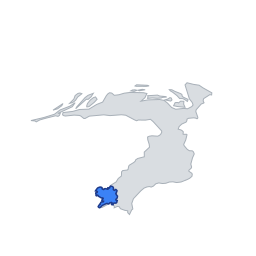 Vukovarsko-Srijemska on a map of Croatia (orthographic projection), rotated 129°
{"feature_id": "HRV-1605", "entity_name": "Vukovarsko-Srijemska", "entity_type": "County", "adm_level": 1, "iso_a3": "HRV", "parent_name": "Croatia", "parent_adm1": "", "projection": "orthographic", "projection_center": [18.849, 45.171], "detail": "fine", "context": "in_parent", "style": "filled", "palette": "blue", "viewbox_px": 256, "rotation_deg": 129, "n_neighbors": 0, "source": "natural_earth", "source_scale": "10m", "svg_char_len": 5813}
<svg xmlns="http://www.w3.org/2000/svg" viewBox="0 0 256 256"><g transform="rotate(129 128 128)"><path d="M49.7,83.8L50.6,85.4L57.6,87.7L59.2,87.0L60.2,85.8L60.3,85.0L60.9,84.8L63.3,86.2L71.0,86.5L72.6,85.6L75.8,80.4L76.8,79.9L77.4,80.2L77.8,81.8L78.8,83.4L82.5,87.2L84.0,87.7L85.4,86.8L86.9,86.6L91.1,88.7L94.6,89.2L97.3,88.3L96.1,85.4L96.0,83.9L96.2,82.6L98.1,81.4L98.0,80.9L96.0,78.5L96.1,77.9L101.0,75.6L105.7,74.4L106.4,73.3L107.3,68.7L107.1,66.1L105.3,63.7L105.3,62.5L105.8,61.3L106.5,60.2L110.6,59.1L116.5,56.5L118.3,54.0L119.4,53.6L122.6,54.1L123.3,53.5L123.0,49.8L123.6,48.9L125.3,47.9L128.2,48.4L130.5,49.4L136.6,52.8L139.8,55.9L141.6,59.3L144.0,61.9L147.1,63.8L149.5,66.3L151.3,69.5L153.9,71.3L157.2,71.7L159.3,72.8L160.1,74.6L161.9,76.2L164.6,77.7L168.8,78.5L179.5,79.3L184.3,77.6L187.9,73.3L189.4,73.6L194.3,72.4L194.0,74.9L192.5,76.1L194.0,78.7L195.5,83.1L194.7,85.2L195.6,86.9L198.7,88.5L197.8,89.0L197.1,90.4L197.0,93.0L199.5,95.4L205.9,98.1L207.9,100.2L207.9,101.1L207.5,101.8L202.6,102.0L200.7,100.9L200.5,102.6L198.7,103.2L199.7,109.5L199.3,111.4L198.6,112.0L197.2,111.6L196.8,112.2L197.1,113.6L195.3,113.8L192.5,113.1L191.1,111.8L190.9,109.4L190.0,107.5L187.7,105.5L182.9,105.2L177.4,103.3L173.3,103.8L169.5,102.9L166.1,105.4L164.4,105.3L161.1,102.1L160.1,101.9L157.1,103.5L155.9,103.5L151.1,101.8L149.3,101.5L148.0,102.0L145.6,101.3L140.1,97.2L136.5,100.2L129.4,99.2L127.3,101.3L124.7,105.2L122.7,107.1L121.0,106.3L119.0,104.5L115.7,99.8L113.9,98.9L111.9,98.7L110.1,99.1L109.1,100.0L107.2,112.4L107.1,116.0L110.9,119.4L115.4,125.1L116.9,125.8L117.5,127.7L119.5,137.8L121.8,141.4L129.7,149.8L133.0,155.1L143.1,165.5L147.7,167.4L148.4,168.4L148.4,172.4L148.9,173.8L151.9,178.0L158.1,184.2L158.8,185.6L159.0,186.6L158.6,187.4L156.9,188.2L149.8,181.3L144.2,177.4L137.9,170.2L129.5,167.2L123.8,164.0L116.3,165.2L113.9,165.1L112.2,164.5L111.1,162.6L111.2,159.2L107.9,156.0L103.4,152.9L99.2,148.9L90.9,138.3L89.3,135.0L93.8,133.9L99.0,134.8L93.6,130.2L86.0,121.4L83.8,117.2L83.8,112.9L84.6,107.0L83.4,102.7L77.6,96.9L75.6,93.8L71.2,91.9L69.2,91.9L67.8,94.0L66.7,98.7L58.6,110.8L55.7,110.6L52.8,104.4L50.0,99.7L49.6,94.9L47.9,85.0L49.7,83.8ZM181.0,203.2L181.0,204.6L183.3,208.1L173.1,200.2L163.6,193.8L156.8,192.2L147.6,186.9L141.6,185.0L146.6,184.7L160.8,191.7L159.2,189.9L161.3,189.2L163.0,189.7L164.1,192.0L172.1,198.0L177.2,201.6L181.0,203.2ZM72.5,118.5L72.2,120.0L70.7,118.0L70.0,114.5L68.2,108.9L68.0,107.3L69.2,105.8L69.2,104.3L68.0,99.4L69.3,98.7L70.0,98.6L70.2,102.0L70.7,103.9L72.6,106.4L72.0,110.3L72.1,115.9L72.5,118.5ZM82.0,106.6L78.6,107.3L77.1,105.7L76.7,104.5L74.0,104.0L72.1,101.4L74.5,99.7L76.0,96.7L80.2,103.1L82.0,106.6ZM134.5,174.9L130.0,174.9L126.2,174.0L124.3,172.8L125.1,170.1L129.4,170.4L136.0,171.8L137.5,173.2L137.0,173.9L134.5,174.9ZM145.9,180.8L143.9,181.1L131.3,180.5L127.7,179.6L122.9,176.8L127.0,176.3L130.8,177.0L131.9,178.5L145.9,180.8ZM91.3,132.0L90.5,133.0L83.9,125.8L83.2,123.5L80.0,118.7L79.6,117.4L82.6,120.6L83.7,121.0L86.6,124.1L89.3,128.0L92.7,131.5L91.3,132.0ZM130.4,185.4L135.6,186.6L139.5,186.2L143.0,187.0L145.6,188.9L139.6,188.3L136.0,189.5L132.8,188.7L131.6,187.9L130.8,186.8L130.4,185.4ZM90.5,148.0L90.9,149.0L89.0,148.5L82.6,139.8L82.0,138.1L84.3,140.2L90.5,148.0ZM80.2,111.7L82.8,116.9L80.3,115.2L78.0,114.5L77.5,113.3L78.5,111.5L80.2,111.7ZM157.4,194.8L161.3,197.5L149.9,193.9L152.4,193.5L157.4,194.8ZM95.7,146.3L97.4,149.2L95.7,148.5L94.0,146.7L93.0,144.7L95.7,146.3ZM92.0,142.7L92.3,144.0L89.0,141.3L87.5,138.7L92.0,142.7Z" fill="#d9dde1" stroke="#a8b0b8" stroke-width="1"/><path d="M187.3,106.1L187.1,106.0L186.9,105.7L186.7,105.4L186.6,104.9L186.4,104.7L186.2,104.6L185.7,104.9L185.5,105.0L185.3,105.0L184.8,104.8L184.6,104.8L184.2,105.0L183.6,104.1L183.4,103.5L183.3,103.1L183.3,102.8L183.3,102.5L183.4,102.2L183.5,102.0L183.6,101.8L184.3,101.0L184.5,101.1L184.9,100.9L185.0,100.7L185.1,100.4L185.1,100.2L185.1,99.7L185.0,99.3L184.9,99.2L184.7,99.1L183.8,99.0L183.7,99.0L183.5,98.9L183.4,98.8L183.4,98.6L183.5,97.5L183.5,97.3L183.6,97.1L183.8,97.0L184.1,96.8L185.3,96.7L185.5,96.4L185.6,96.2L186.7,96.2L186.8,96.1L186.9,95.8L186.9,95.6L186.9,95.4L187.0,95.1L187.3,94.8L187.3,94.7L187.5,93.6L187.5,93.4L187.7,93.2L188.0,93.0L188.6,92.7L189.1,92.4L191.1,92.5L191.3,92.3L191.5,92.1L191.6,91.9L191.6,91.7L191.5,91.4L191.4,91.2L191.2,90.9L191.1,90.7L191.4,90.5L192.1,90.4L192.4,90.3L192.5,90.2L192.8,89.9L193.0,89.9L193.5,89.9L193.7,90.0L194.1,90.2L194.2,90.4L194.3,90.5L194.4,90.8L194.5,91.0L194.9,91.2L195.0,91.3L195.1,91.5L195.4,91.8L195.6,91.8L196.6,91.6L197.0,91.3L197.4,91.7L197.8,92.4L197.5,92.9L196.8,93.0L196.2,93.3L196.3,94.1L196.8,94.5L197.1,94.6L197.3,94.8L197.7,95.1L198.4,95.1L198.8,95.2L199.2,95.3L199.5,95.7L199.6,96.1L199.8,96.9L201.3,97.8L202.3,98.2L204.0,99.1L204.8,99.3L207.3,99.6L207.8,99.8L208.1,100.6L208.0,101.5L207.7,101.8L205.3,102.0L205.1,101.9L204.9,101.6L204.6,101.6L204.5,101.8L204.4,102.0L203.1,102.2L202.5,102.2L202.0,102.0L201.7,101.7L201.2,100.9L200.9,100.8L200.3,100.9L200.5,101.5L200.8,102.2L200.7,102.8L200.1,103.0L198.6,102.8L198.2,103.2L198.2,103.5L198.4,103.8L198.7,104.1L198.9,104.4L199.1,104.8L199.2,105.2L199.3,106.1L199.5,107.3L199.6,107.7L199.5,108.1L199.4,108.5L199.3,109.0L199.3,109.4L199.6,109.7L200.2,109.5L200.5,109.7L200.6,110.3L200.4,110.6L200.1,110.7L199.8,110.9L199.4,111.6L199.1,112.0L198.8,112.2L198.4,112.1L197.8,111.5L197.5,111.4L196.7,111.8L196.8,112.6L197.4,113.7L197.1,113.8L196.3,113.8L193.9,113.9L193.1,113.6L192.6,113.3L191.9,112.9L191.0,111.9L190.7,110.8L190.9,110.4L191.5,109.9L191.6,109.5L191.5,109.4L191.4,109.2L191.3,108.8L191.3,108.7L191.2,108.5L191.2,108.3L191.0,108.2L190.9,108.1L190.1,108.0L189.8,107.9L189.4,107.5L188.4,105.4L188.3,105.2L188.1,105.1L187.9,105.1L187.8,105.3L187.7,105.5L187.7,105.8L187.3,106.1Z" fill="#3b82f6" stroke="#1e3a8a" stroke-width="1.5"/></g></svg>